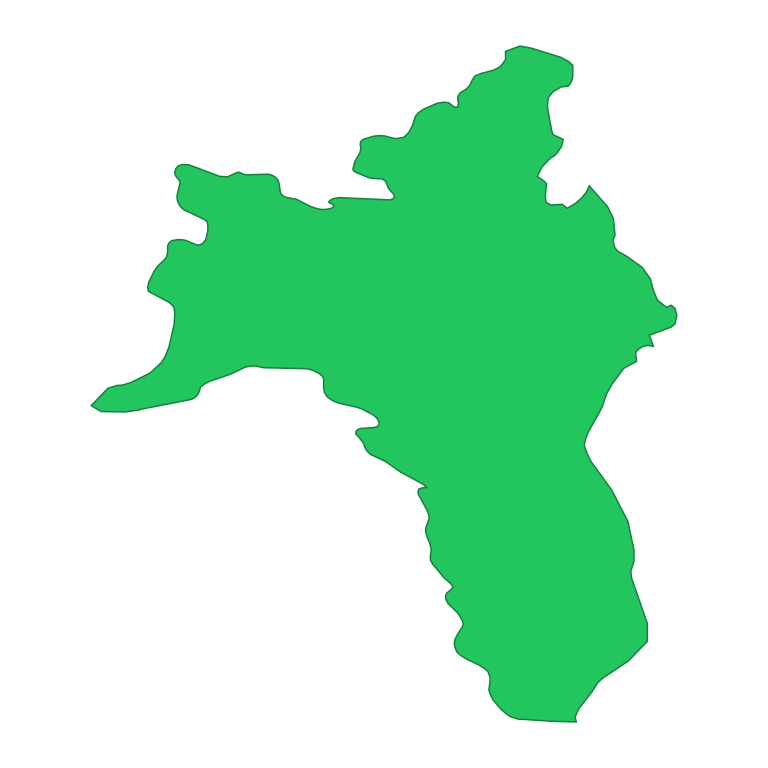 map outline of Roscommon (Natural Earth projection)
{"feature_id": "IRL-727", "entity_name": "Roscommon", "entity_type": "County", "adm_level": 1, "iso_a3": "IRL", "parent_name": "Ireland", "parent_adm1": "", "projection": "natural_earth1", "projection_center": [-8.318, 53.695], "detail": "fine", "context": "isolated", "style": "filled", "palette": "green", "viewbox_px": 768, "rotation_deg": 0, "n_neighbors": 0, "source": "natural_earth", "source_scale": "10m", "svg_char_len": 4137}
<svg xmlns="http://www.w3.org/2000/svg" viewBox="0 0 768 768"><path d="M640.1,648.8L628.6,660.8L602.5,678.3L597.1,683.4L592.3,691.4L578.8,708.8L575.0,717.2L576.3,721.9L553.9,721.4L517.7,719.0L510.9,716.9L506.4,713.9L501.3,709.6L493.1,700.1L490.3,694.6L488.9,689.9L490.1,680.5L490.1,678.6L489.7,676.3L487.8,671.2L484.1,668.2L478.6,664.9L467.1,659.4L461.2,655.8L456.9,652.1L454.7,646.7L454.3,642.8L455.0,639.3L457.7,634.1L462.6,626.5L463.2,623.9L462.6,621.2L459.8,616.0L457.5,612.8L448.0,603.5L445.9,599.4L445.6,595.7L446.8,593.0L451.4,589.3L452.9,587.4L452.1,585.4L450.4,583.4L443.6,577.4L436.4,568.4L434.2,566.1L432.3,563.5L430.4,560.1L430.3,556.8L431.2,550.6L430.9,547.6L429.5,542.5L427.8,538.7L426.0,533.4L425.6,530.2L426.0,527.2L429.1,518.8L429.0,516.3L428.5,514.1L427.0,510.1L418.5,494.6L418.0,491.9L418.7,489.2L421.1,488.1L426.5,487.5L423.7,484.6L400.6,472.1L385.5,461.5L370.6,454.5L366.8,450.9L364.8,447.2L364.0,444.2L362.1,441.2L355.7,433.7L356.1,431.1L358.2,429.3L361.7,428.4L374.4,427.5L377.7,426.4L379.2,424.3L378.9,421.7L377.6,419.2L375.7,417.0L372.6,414.5L361.3,408.7L356.1,407.0L339.6,403.4L333.0,400.9L327.7,397.3L326.0,395.0L324.5,392.3L323.9,389.7L323.6,386.8L323.7,379.3L322.5,376.3L319.5,373.7L314.0,370.8L309.9,369.4L306.2,368.7L263.5,367.7L255.8,366.0L251.2,366.0L245.6,367.0L230.4,374.2L209.7,381.3L203.9,384.3L200.4,387.3L199.6,390.5L198.4,393.5L196.8,395.8L194.5,397.7L191.5,399.4L142.1,409.0L138.9,410.0L124.9,412.0L100.9,411.5L91.2,405.6L108.0,388.2L117.1,385.4L120.8,385.3L124.6,384.5L131.2,382.4L148.7,373.7L151.1,372.1L161.6,362.3L165.3,356.2L169.0,346.8L174.1,324.4L174.8,315.0L174.3,308.7L173.0,306.1L170.9,303.9L168.5,302.0L148.5,291.4L147.6,287.6L148.8,282.1L154.0,271.5L157.9,265.9L163.6,260.5L166.4,257.3L167.6,252.8L167.6,245.9L169.0,243.0L171.6,240.7L177.1,239.7L181.6,239.7L185.8,240.4L195.4,244.4L198.9,245.1L202.6,243.5L205.6,239.9L207.8,231.0L207.9,225.8L207.1,221.9L205.2,219.9L183.7,209.7L181.5,207.7L179.8,205.7L178.4,203.2L177.3,200.0L177.0,196.8L177.4,193.7L180.1,182.8L179.1,180.2L175.3,175.5L174.7,172.5L175.5,169.4L178.0,165.9L182.7,164.5L189.2,164.9L219.5,176.3L227.2,176.9L238.4,172.0L244.1,174.5L247.5,174.8L268.3,174.2L272.0,175.2L274.7,176.7L277.0,178.9L278.4,181.3L279.3,184.4L280.1,190.8L280.9,193.8L283.0,195.8L285.8,197.3L296.8,199.4L310.4,206.4L317.2,208.7L321.1,209.4L325.4,209.4L329.2,208.9L332.3,207.8L334.0,206.3L332.7,204.1L330.7,203.5L328.7,202.2L329.9,200.5L333.0,198.7L339.3,197.6L389.9,199.9L392.9,198.8L394.7,197.0L393.4,193.9L389.2,189.4L387.8,186.9L386.8,183.8L385.6,181.3L383.5,179.5L380.2,178.7L372.5,178.5L368.9,177.7L356.2,172.5L354.0,171.1L353.1,170.1L352.9,168.7L353.9,165.6L354.8,161.6L360.0,152.7L360.8,148.1L360.2,144.5L360.6,141.9L363.0,139.4L373.5,136.2L379.5,135.6L384.9,136.0L392.6,138.1L396.6,138.5L403.8,137.3L405.7,135.7L408.6,132.7L412.5,125.5L415.4,116.5L418.6,112.5L424.3,108.8L437.3,103.2L444.0,102.2L448.7,102.7L453.3,106.4L455.4,107.4L457.9,106.8L458.4,102.8L457.7,99.6L458.0,96.4L459.9,93.1L466.3,89.0L469.7,85.4L472.5,79.5L475.1,75.9L481.5,73.3L493.7,70.1L499.9,66.8L502.6,63.7L505.6,59.5L505.5,51.4L519.9,46.1L531.2,48.1L560.7,57.3L568.6,61.5L572.8,65.4L572.8,75.7L572.5,78.8L571.4,81.5L570.1,83.9L568.2,86.1L561.3,86.9L553.1,91.6L548.2,97.9L547.4,106.9L551.7,130.8L553.4,134.8L563.2,139.4L561.7,146.2L557.2,152.9L554.6,155.6L550.2,158.2L541.9,167.1L537.3,176.5L543.7,180.8L546.4,183.6L545.3,197.2L546.1,202.3L551.0,205.0L562.3,204.3L567.1,208.3L574.9,203.8L581.4,198.3L586.3,192.2L589.3,185.9L607.5,206.6L613.4,218.6L615.0,235.3L613.0,240.2L614.5,247.1L617.5,251.1L627.6,256.8L634.5,261.9L642.1,267.3L650.3,278.7L653.3,290.0L657.5,300.3L666.6,307.3L671.1,305.2L674.9,308.3L676.8,315.0L675.2,323.8L671.1,327.1L649.1,335.3L650.6,338.4L653.4,346.3L647.7,345.4L642.9,346.5L639.2,348.7L636.3,351.3L635.6,354.3L636.3,358.1L636.6,361.4L623.8,368.3L612.2,383.9L606.5,394.0L602.1,406.9L598.9,413.3L588.5,431.5L585.5,439.2L584.3,445.1L585.1,448.1L587.3,454.0L590.7,461.0L611.8,490.2L628.0,521.6L634.0,550.3L633.9,561.4L630.8,571.4L631.5,577.9L647.4,623.5L647.2,641.6L640.5,648.4L640.1,648.8Z" fill="#22c55e" stroke="#15803d" stroke-width="1.5"/></svg>